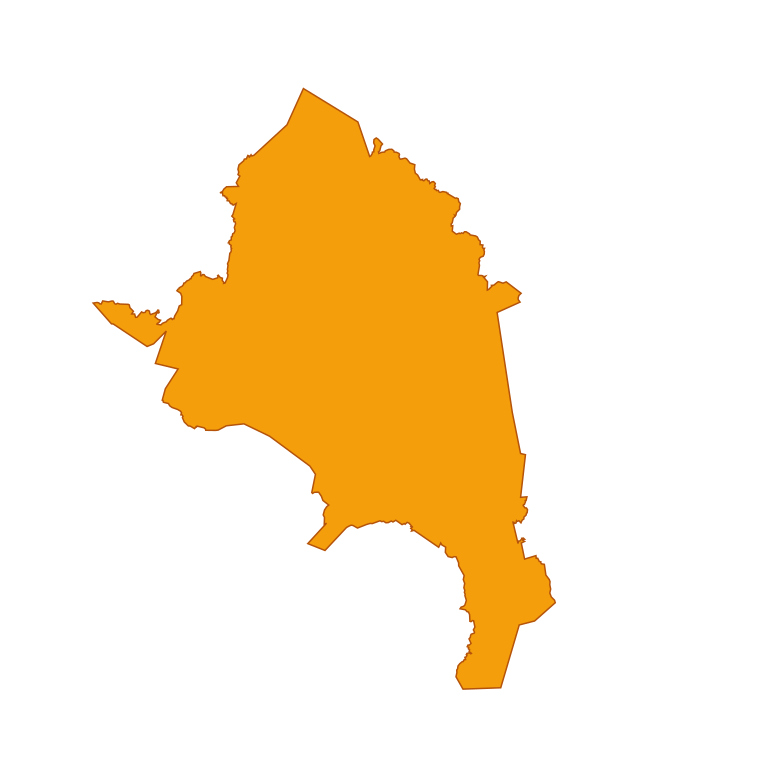 the district of Ocampo, Chihuahua, Mexico, rotated 38°
{"feature_id": "50627088B44718713830957", "entity_name": "Ocampo", "entity_type": "district", "adm_level": 2, "iso_a3": "MEX", "parent_name": "Mexico", "parent_adm1": "Chihuahua", "projection": "natural_earth1", "projection_center": [-108.229, 28.145], "detail": "fine", "context": "isolated", "style": "filled", "palette": "amber", "viewbox_px": 768, "rotation_deg": 38, "n_neighbors": 0, "source": "geoboundaries", "source_scale": "gbopen_adm2", "svg_char_len": 6170}
<svg xmlns="http://www.w3.org/2000/svg" viewBox="0 0 768 768"><g transform="rotate(38 384 384)"><path d="M621.0,570.4L634.1,575.8L663.0,551.5L638.9,490.6L648.6,478.0L653.6,450.9L651.5,449.4L646.9,448.8L643.3,446.6L641.6,443.0L638.2,440.1L636.5,437.5L634.5,436.3L629.2,434.9L621.4,427.4L618.7,428.8L617.5,428.3L617.2,427.6L615.6,428.2L612.4,426.7L611.2,427.6L609.4,425.7L602.6,435.4L590.1,424.8L591.7,421.5L589.6,421.7L589.2,420.8L590.3,419.8L588.7,419.6L587.5,420.8L587.9,421.2L587.8,424.0L586.7,424.9L587.8,427.2L570.7,413.5L571.5,413.0L572.8,413.4L573.6,412.2L572.7,410.3L573.4,410.5L574.5,408.7L577.4,409.1L576.7,406.4L577.3,404.2L576.2,402.8L576.7,399.9L575.8,398.0L576.1,397.4L574.5,394.7L572.6,394.0L571.4,394.8L568.5,394.1L568.2,393.1L568.8,392.4L568.0,389.8L567.1,388.9L567.7,388.3L566.1,384.9L561.4,389.2L539.0,352.6L534.4,354.7L502.7,327.5L429.1,258.0L440.8,235.7L437.9,234.9L436.7,233.6L435.8,231.2L436.2,228.1L417.4,228.3L415.7,231.3L411.4,232.8L410.8,233.6L409.7,238.5L408.0,240.1L408.8,240.4L408.3,244.9L407.6,246.4L402.6,239.7L396.7,238.5L397.6,237.3L397.6,236.6L396.9,237.7L394.3,238.3L391.7,240.2L390.7,240.0L386.2,231.7L384.2,230.1L383.5,227.9L382.1,227.3L381.9,224.9L383.5,222.2L383.0,220.0L381.5,217.7L380.2,217.0L379.7,215.2L378.6,216.1L377.3,215.6L376.4,213.6L373.9,215.0L371.9,212.2L369.7,212.1L367.1,210.7L365.1,210.9L360.0,213.5L359.0,213.0L354.9,213.5L353.7,214.5L353.6,216.6L352.1,217.1L351.4,218.7L350.4,218.8L348.8,221.4L343.7,221.5L340.7,216.9L339.8,218.1L338.4,216.6L338.5,214.9L336.4,210.7L336.8,208.0L336.0,207.6L336.7,207.5L336.7,206.6L335.5,204.2L336.0,199.7L334.5,197.9L333.1,194.8L330.7,194.3L328.4,192.3L326.7,192.7L325.8,193.7L317.5,194.8L317.0,194.3L316.4,194.9L315.4,194.4L311.9,196.1L310.2,198.5L308.9,198.8L307.7,198.0L306.2,199.3L305.2,198.7L304.3,199.3L303.1,199.1L303.0,196.9L301.7,196.5L301.0,194.4L298.5,194.0L297.3,195.2L296.6,197.8L294.7,196.2L293.4,196.8L291.6,196.1L290.7,197.0L290.3,199.3L288.8,199.8L288.4,199.1L287.0,200.8L281.8,198.6L278.9,198.6L275.7,196.0L273.3,192.2L268.4,193.9L263.1,192.6L261.5,193.1L258.7,196.6L257.9,196.8L255.6,195.5L255.0,193.7L253.9,193.1L251.2,193.7L249.2,195.0L248.2,194.2L245.7,194.2L243.3,196.2L241.5,199.4L241.7,200.8L239.6,202.8L238.0,205.5L236.7,204.5L237.1,202.9L235.0,198.2L235.1,195.8L228.8,194.7L226.4,194.9L225.6,197.5L227.4,200.3L230.4,201.9L231.8,205.8L233.0,207.3L232.1,208.4L232.9,209.7L233.2,212.6L232.7,213.6L202.1,193.6L138.6,200.8L148.0,239.5L140.7,283.8L139.5,285.7L138.1,285.2L138.3,288.1L137.4,288.1L137.2,287.4L136.0,287.7L136.9,291.3L135.5,292.8L136.0,294.6L134.8,300.6L136.7,304.7L139.1,306.5L140.0,308.9L142.4,308.9L143.7,316.4L147.7,317.9L138.5,325.5L137.8,329.0L138.2,331.9L137.0,334.3L139.0,332.8L141.2,334.8L142.5,333.8L143.7,334.4L145.2,333.8L145.6,334.7L146.8,334.4L147.5,336.1L149.3,335.1L152.0,336.3L153.1,335.5L154.0,336.1L155.1,335.8L156.4,332.8L160.6,343.5L160.7,345.4L164.6,345.9L164.1,347.1L165.8,348.5L166.9,347.9L168.4,349.1L169.7,352.8L172.3,354.9L172.9,357.2L172.3,358.8L173.5,361.2L173.1,362.2L174.9,364.4L174.0,366.2L174.4,368.6L175.3,368.2L175.9,368.9L178.3,368.9L178.9,370.3L180.5,371.1L180.3,371.7L181.6,372.9L182.1,374.4L182.0,375.9L185.7,382.1L186.7,385.7L188.0,386.5L190.3,390.5L191.3,391.0L192.2,393.3L193.8,393.9L195.1,396.3L196.6,402.2L195.7,403.4L195.3,402.5L192.8,402.0L191.5,400.1L189.5,400.9L186.4,400.3L186.2,401.1L187.1,401.6L187.5,402.8L184.6,407.0L177.2,409.2L174.9,408.6L173.7,409.4L173.4,411.4L172.8,411.6L171.1,409.1L170.0,408.5L166.2,413.9L166.7,415.7L166.4,418.0L167.1,419.8L166.5,420.2L166.3,422.1L165.1,424.4L165.0,426.6L164.1,427.9L164.7,428.8L164.8,430.9L163.4,434.3L163.8,435.0L163.3,436.1L163.4,438.0L167.9,437.7L170.8,439.5L175.7,446.0L174.6,448.6L176.4,453.4L177.2,459.3L178.3,461.9L177.6,462.3L177.4,463.5L175.8,463.2L175.3,463.8L174.1,467.1L174.1,469.0L172.1,472.5L171.8,474.8L168.4,476.7L168.0,476.0L168.8,473.9L168.7,471.3L166.2,472.2L162.3,472.1L161.2,467.3L162.4,467.1L162.8,466.2L161.0,464.6L160.2,465.1L160.5,466.6L160.0,468.7L157.4,472.9L156.0,472.6L154.3,471.0L152.5,471.3L151.4,472.6L151.7,474.6L150.2,476.2L148.6,476.4L148.3,483.4L147.2,484.4L144.4,482.4L142.0,484.1L141.8,481.0L136.8,480.3L134.6,478.5L133.4,478.7L126.5,483.7L124.4,484.4L123.6,486.2L122.3,486.5L119.7,485.4L118.6,486.0L116.2,489.0L111.2,491.7L111.9,495.0L110.6,495.9L109.4,495.6L107.7,496.4L105.0,499.3L132.2,504.4L133.7,503.4L174.2,500.3L177.7,494.2L179.8,476.3L191.2,508.6L212.5,498.9L214.6,522.3L219.2,533.3L219.8,533.0L221.4,534.2L226.2,532.1L228.5,533.1L231.4,533.0L237.1,531.1L240.4,530.7L242.1,531.3L242.9,533.3L243.7,532.7L245.5,533.2L245.8,534.6L250.0,536.9L255.6,537.5L257.2,536.5L262.2,535.8L262.2,533.2L262.7,533.3L262.8,532.2L269.2,529.3L271.1,529.4L272.0,530.2L279.9,524.2L281.7,522.4L285.5,514.0L298.2,501.6L326.0,495.6L376.1,494.3L385.6,497.4L393.9,514.0L395.1,514.2L395.8,512.2L399.1,509.5L403.7,511.0L407.6,513.4L415.0,513.4L414.4,516.0L414.7,519.9L416.7,524.6L419.2,525.7L423.3,531.4L424.4,529.1L422.2,556.7L440.0,551.5L442.8,520.1L443.9,517.6L445.0,515.5L446.6,514.6L451.8,513.8L456.7,505.5L458.9,502.4L460.7,501.2L465.1,494.2L466.9,493.9L468.2,492.4L470.9,492.2L472.7,490.6L474.1,487.5L476.0,487.2L477.2,484.1L484.8,483.7L485.9,481.5L487.0,481.5L487.4,478.8L489.4,478.2L493.9,479.1L493.2,479.8L494.3,480.0L494.0,481.3L495.9,481.4L496.2,482.9L497.8,480.8L527.6,479.0L526.6,474.4L528.5,475.2L533.0,474.6L536.0,478.9L540.8,480.5L544.6,478.8L545.4,477.0L547.2,475.8L552.9,479.0L554.8,481.3L565.1,485.6L566.9,489.3L570.3,491.4L572.4,495.4L574.9,497.0L575.6,498.7L577.3,499.6L578.0,500.9L582.1,503.8L583.8,508.3L583.6,510.1L582.1,512.4L582.3,514.3L587.2,511.8L589.6,512.3L590.9,511.7L593.4,513.0L597.8,518.1L598.9,517.7L599.4,515.9L600.4,515.4L605.3,519.6L605.8,522.7L608.1,523.8L608.5,524.7L606.8,527.4L606.9,528.6L608.0,530.5L607.9,532.5L612.3,534.8L612.0,537.1L610.9,538.0L611.3,539.8L612.9,539.4L613.5,540.7L615.1,540.7L615.8,542.4L618.7,542.4L618.5,543.2L616.8,543.2L615.2,545.3L615.5,546.6L616.3,546.4L616.8,548.3L616.0,549.6L617.9,550.9L616.9,552.0L617.3,553.9L616.6,554.6L615.9,557.7L615.9,560.6L617.4,563.3L617.4,564.6L619.0,566.4L621.0,570.4Z" fill="#f59e0b" stroke="#b45309" stroke-width="1.5"/></g></svg>